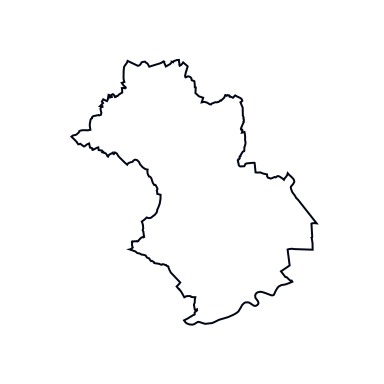 Ernei, Mures, Romania, rotated 221°
{"feature_id": "2599482B63747997381834", "entity_name": "Ernei", "entity_type": "district", "adm_level": 2, "iso_a3": "ROU", "parent_name": "Romania", "parent_adm1": "Mures", "projection": "albers", "projection_center": [24.69, 46.618], "detail": "fine", "context": "isolated", "style": "outline", "palette": "ink", "viewbox_px": 384, "rotation_deg": 221, "n_neighbors": 0, "source": "geoboundaries", "source_scale": "gbopen_adm2", "svg_char_len": 6091}
<svg xmlns="http://www.w3.org/2000/svg" viewBox="0 0 384 384"><g transform="rotate(221 192 192)"><path d="M292.8,277.0L292.5,276.7L292.4,275.7L292.5,274.0L294.1,269.6L298.5,271.7L298.6,272.1L299.2,271.9L299.9,269.4L300.6,268.0L306.5,258.5L309.4,259.6L310.5,259.7L311.6,259.4L312.9,259.6L314.5,257.9L315.1,256.7L314.7,254.9L314.7,253.6L315.1,252.5L315.7,251.7L326.6,248.7L325.9,246.7L325.5,242.7L325.3,241.9L324.7,240.9L322.9,238.4L318.7,233.4L317.4,232.1L315.2,230.6L316.6,228.3L313.6,227.5L310.8,227.5L310.4,227.3L310.3,227.0L310.6,226.3L311.8,225.7L313.1,224.4L312.3,223.8L309.9,221.3L311.0,218.0L311.2,215.6L312.0,214.7L311.8,214.1L312.0,213.5L312.2,213.4L312.4,213.1L314.8,214.1L315.7,214.0L316.2,213.6L316.4,212.3L314.8,211.1L315.8,209.7L316.8,211.2L317.2,211.3L318.7,210.6L316.2,206.5L315.8,204.8L319.8,203.7L319.3,201.0L317.5,200.8L317.7,196.6L315.9,198.0L315.4,197.5L316.1,196.8L316.1,195.8L315.7,194.8L314.0,193.4L312.4,192.4L311.4,190.6L311.5,190.2L312.3,188.9L313.0,188.8L316.3,184.4L316.5,182.8L315.8,182.0L316.0,181.6L316.2,180.8L316.1,180.3L313.9,176.5L312.5,174.8L309.5,172.3L311.0,170.3L314.9,167.1L316.5,165.1L317.0,163.9L316.6,163.3L316.5,162.6L316.9,159.6L317.3,158.7L318.8,156.8L319.1,155.8L319.3,154.7L311.8,154.2L311.3,153.8L310.7,153.8L309.2,153.4L308.5,154.0L308.0,155.1L303.7,155.4L303.0,156.0L302.6,158.7L301.5,161.1L298.1,158.6L296.4,159.5L294.7,158.5L294.3,159.0L294.9,159.4L294.2,159.8L293.6,160.8L292.9,162.7L292.0,164.2L289.9,162.4L287.3,164.1L287.1,163.8L285.6,164.1L285.6,163.2L282.6,164.5L280.7,164.2L279.5,163.6L278.6,163.6L279.0,165.3L278.5,167.3L277.9,168.4L277.6,169.7L276.8,169.2L275.9,169.3L276.1,171.3L273.9,171.7L271.5,170.9L269.9,170.6L262.2,170.1L258.8,170.1L259.0,171.6L258.5,173.0L257.7,174.4L257.0,175.2L256.7,175.9L256.8,177.1L256.6,178.1L256.0,179.2L254.5,180.0L251.8,179.9L250.8,179.6L250.3,179.1L249.2,178.8L245.7,178.3L243.2,178.5L241.7,178.9L240.2,179.8L239.7,178.9L238.2,177.3L236.9,176.4L234.7,175.5L234.4,175.5L234.0,175.9L233.6,176.0L231.9,175.8L227.6,173.2L225.1,172.5L224.3,173.3L223.9,173.3L221.0,172.2L220.0,171.6L219.5,169.9L218.3,169.2L217.0,167.8L213.9,169.3L211.3,166.2L208.7,162.0L207.4,158.6L206.6,155.9L205.5,154.1L205.2,153.2L205.1,150.5L206.1,145.7L206.3,145.2L207.5,143.9L209.5,143.0L209.7,140.3L210.5,136.7L208.9,135.9L207.4,134.9L204.9,132.5L204.4,131.2L204.0,130.7L202.7,130.2L200.3,128.0L198.6,126.7L199.1,125.7L199.7,125.6L200.4,124.1L200.6,120.1L200.4,119.9L200.8,118.8L201.7,118.5L201.8,118.1L203.0,117.2L203.4,116.4L204.3,116.0L204.7,115.5L204.6,114.8L203.3,113.7L202.3,112.4L200.3,111.2L200.6,109.1L201.0,108.2L201.3,107.8L195.7,110.0L193.3,110.0L191.0,111.3L188.9,111.7L187.6,112.7L185.3,113.7L183.1,113.0L181.8,113.3L180.9,113.8L178.3,113.0L177.4,113.1L177.1,113.7L175.4,114.0L174.7,114.1L174.0,113.6L173.7,113.7L169.7,116.2L167.5,116.9L167.2,117.2L166.8,118.3L166.0,118.8L164.5,119.3L163.8,119.9L162.7,119.6L161.7,120.2L160.9,120.2L160.1,119.5L158.1,118.5L155.2,117.3L141.5,116.0L141.4,113.3L141.6,110.6L137.9,110.0L137.8,110.3L134.0,109.4L128.7,107.5L127.9,109.6L126.9,110.7L125.3,112.1L124.5,112.5L123.8,112.3L122.1,113.4L120.5,114.8L119.3,112.7L117.6,110.6L117.3,110.1L116.8,108.6L116.2,107.8L112.6,105.0L111.8,105.2L111.3,106.7L110.5,106.0L111.0,102.9L109.6,101.3L110.4,99.6L112.3,93.6L113.8,89.9L111.1,89.3L109.4,89.5L107.0,90.4L104.7,92.1L103.7,93.6L102.4,97.7L101.4,98.6L96.2,100.8L95.3,101.4L91.0,106.1L89.8,108.4L87.8,113.2L82.7,121.2L80.3,126.3L79.2,129.3L78.6,132.1L79.3,136.7L80.0,139.5L79.9,141.6L79.5,143.2L78.5,144.5L76.8,145.8L75.4,146.2L71.0,146.7L69.8,147.3L69.2,147.9L68.7,149.1L68.5,150.7L69.1,152.0L70.8,152.9L74.5,153.7L75.3,154.2L76.4,155.3L77.0,156.8L77.0,158.3L76.3,159.9L74.7,161.8L71.8,163.3L64.6,166.0L63.7,166.5L63.2,167.2L62.8,167.8L62.9,168.6L64.0,172.4L64.5,175.0L64.6,176.9L64.4,178.1L63.4,180.5L61.0,183.3L59.0,186.8L57.4,190.1L58.7,190.5L59.2,189.9L60.1,189.6L64.8,189.8L65.7,189.1L72.8,190.5L70.1,200.6L82.1,211.3L81.6,212.2L79.5,214.6L77.5,215.9L63.1,227.6L67.3,232.3L71.3,235.7L71.8,235.9L71.6,236.6L72.5,237.7L81.1,246.5L80.7,247.3L79.1,248.9L77.4,250.1L106.8,255.7L109.7,255.9L111.7,256.7L116.3,257.7L119.2,259.3L120.6,260.4L120.9,261.3L120.9,264.3L121.4,266.6L122.0,267.3L123.3,268.1L124.2,268.4L127.4,268.7L129.2,268.6L132.1,269.0L131.2,267.0L131.0,265.3L131.0,263.2L130.6,261.5L132.3,261.6L135.9,261.1L137.4,260.6L138.1,259.6L138.4,257.9L139.6,257.4L140.5,255.3L141.5,253.7L142.7,253.3L143.8,252.7L145.4,253.0L146.9,254.5L150.6,252.5L153.1,251.7L155.7,249.3L156.9,248.5L163.8,255.0L164.5,254.7L168.5,250.5L169.5,249.4L170.1,248.4L169.4,245.8L172.4,242.9L173.7,242.8L174.6,243.1L175.7,244.2L176.8,244.7L177.4,245.5L178.3,246.0L178.3,246.5L178.2,246.7L178.4,247.1L178.1,247.3L178.0,248.2L178.2,249.0L178.9,249.3L179.2,249.7L179.3,250.3L178.9,250.9L179.3,251.4L179.5,251.9L180.0,254.8L180.1,255.9L179.5,256.9L179.5,257.3L182.0,260.4L182.3,261.4L183.3,263.5L184.5,264.9L185.9,265.9L187.6,267.9L187.6,268.0L189.6,270.0L191.8,271.7L193.3,269.5L194.4,271.7L194.8,272.0L195.1,272.0L195.8,271.3L196.7,271.9L198.4,277.1L198.8,278.8L199.3,278.8L199.7,279.9L200.7,281.0L201.2,281.0L202.3,282.4L203.6,282.9L209.1,288.9L214.3,291.5L213.9,292.7L213.9,293.8L215.3,294.6L217.0,294.7L220.8,293.6L222.7,293.3L222.9,292.4L222.8,290.6L222.9,290.0L224.6,289.6L226.0,288.6L226.3,288.6L226.6,289.3L227.0,289.4L228.8,288.4L228.7,287.9L229.0,287.3L230.3,287.2L230.5,286.9L229.6,284.4L230.0,279.9L230.7,279.7L230.8,278.1L231.1,277.3L231.4,277.1L232.0,276.0L233.1,275.3L233.7,274.3L235.2,271.4L235.1,270.5L236.3,269.8L239.0,269.4L241.4,268.4L242.2,267.7L243.5,266.0L245.4,270.5L249.4,268.8L254.3,268.9L257.8,273.4L258.6,272.9L260.2,274.7L262.8,277.1L263.5,277.1L265.2,276.2L265.6,276.2L267.1,277.4L267.9,277.6L269.2,277.5L270.4,277.0L271.1,276.4L271.4,275.9L271.9,274.4L272.6,274.4L273.6,275.3L274.6,277.4L275.1,278.1L275.7,279.4L275.7,280.0L276.6,281.3L276.8,282.2L277.7,284.0L283.7,284.0L283.5,281.6L283.7,280.2L284.1,279.2L285.0,279.7L286.1,281.0L287.1,281.6L288.5,283.1L289.9,281.8L290.5,280.8L291.8,278.3L291.4,277.6L292.8,277.0Z" fill="none" stroke="#020617" stroke-width="2"/></g></svg>